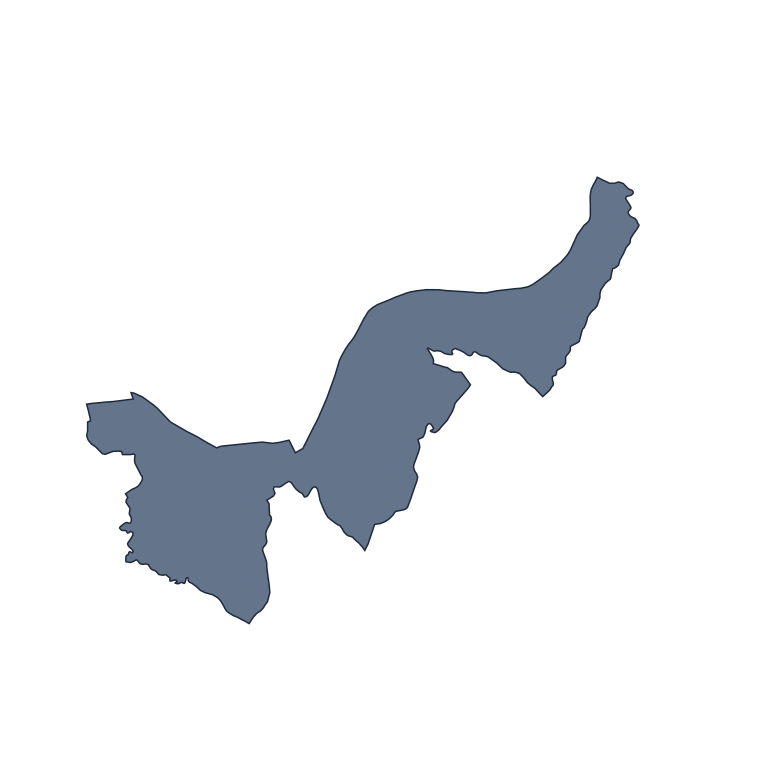 outline of Thanh Thuy, Phú Thọ, Vietnam, rotated 239°
{"feature_id": "81297802B73795447547430", "entity_name": "Thanh Thuy", "entity_type": "district", "adm_level": 2, "iso_a3": "VNM", "parent_name": "Vietnam", "parent_adm1": "Phú Thọ", "projection": "albers", "projection_center": [105.283, 21.123], "detail": "fine", "context": "isolated", "style": "filled", "palette": "slate", "viewbox_px": 768, "rotation_deg": 239, "n_neighbors": 0, "source": "geoboundaries", "source_scale": "gbopen_adm2", "svg_char_len": 6104}
<svg xmlns="http://www.w3.org/2000/svg" viewBox="0 0 768 768"><g transform="rotate(239 384 384)"><path d="M519.9,118.7L515.2,117.4L505.7,114.4L503.6,113.3L504.1,110.4L496.5,105.8L492.8,102.5L488.4,101.6L483.2,102.3L478.4,104.5L469.3,106.7L467.3,108.9L465.8,117.1L463.1,122.1L461.3,124.2L458.2,123.5L454.1,130.3L453.0,133.1L452.5,133.8L451.0,133.9L448.4,131.7L446.3,130.4L444.0,129.7L431.0,128.8L429.0,129.0L428.1,128.6L426.3,127.4L425.2,125.5L423.7,122.6L423.1,120.4L423.0,118.9L423.0,117.4L423.5,113.7L423.0,105.9L418.7,106.0L417.9,104.4L417.3,103.3L415.6,102.0L408.9,102.2L407.5,101.8L404.3,99.0L402.9,98.6L401.0,98.6L399.0,98.2L396.2,96.5L395.6,94.7L395.9,93.8L397.7,92.4L398.1,90.9L398.1,89.2L397.7,85.4L397.3,83.9L396.7,83.1L394.8,83.4L394.1,83.7L393.0,84.6L391.8,86.6L391.1,87.3L388.9,87.3L388.4,87.4L388.0,88.5L388.1,90.7L386.9,91.9L385.7,92.1L383.9,91.0L381.9,87.5L379.7,82.6L379.0,81.9L377.8,81.5L375.5,81.7L372.2,82.7L370.9,82.9L369.5,82.6L369.0,81.7L369.7,80.8L371.2,79.7L371.2,78.8L369.5,76.8L369.7,75.4L369.4,74.4L368.5,73.6L365.8,71.8L364.4,71.4L361.5,74.8L361.0,77.7L360.9,80.8L360.6,81.4L359.5,81.8L356.0,82.2L354.6,83.2L353.5,84.6L352.7,86.7L351.5,88.2L350.4,89.0L348.0,88.9L345.8,89.0L343.9,89.9L341.3,92.0L336.7,92.9L335.5,94.1L334.4,95.5L333.5,97.0L333.2,98.3L332.6,99.0L330.5,99.6L328.2,100.5L327.5,100.5L326.1,99.2L325.1,99.3L324.6,100.7L323.8,103.6L323.2,104.6L321.4,105.1L321.0,104.4L321.3,103.0L320.8,102.5L319.1,104.1L318.5,105.6L318.5,107.3L318.3,108.3L316.9,109.2L316.0,109.9L315.9,110.5L317.7,112.9L319.2,114.1L319.5,115.5L319.1,116.0L317.7,115.7L316.0,114.9L314.2,115.2L312.1,116.7L307.0,118.8L301.5,120.4L297.4,123.1L291.7,128.5L286.7,131.3L282.3,132.3L278.3,132.3L272.1,132.0L270.0,132.3L266.6,133.7L263.2,135.5L259.6,138.2L254.8,141.0L253.0,142.3L248.1,145.0L251.3,151.5L252.8,156.3L253.2,161.9L254.3,165.4L255.8,168.1L257.4,172.0L264.1,178.8L271.6,182.4L279.5,185.7L288.0,189.5L290.7,191.2L293.8,192.2L303.7,194.2L305.5,195.3L306.3,196.9L307.2,199.5L308.1,201.2L309.3,202.4L316.6,205.4L319.9,209.1L322.3,213.3L324.8,216.8L326.3,218.0L328.6,218.8L330.8,218.5L338.6,222.7L340.5,223.8L344.7,223.8L344.9,231.6L346.6,234.4L349.0,234.7L351.2,235.3L352.2,236.6L352.2,237.4L349.5,241.4L349.2,243.6L349.6,248.4L349.6,251.8L348.7,253.0L347.3,253.7L339.7,254.3L335.1,255.8L332.4,257.5L328.2,257.6L327.7,258.6L327.4,260.0L328.1,262.3L331.1,267.6L331.7,269.1L331.7,271.3L331.2,272.1L328.9,272.9L325.3,272.1L317.1,269.2L309.4,268.0L302.6,267.2L298.5,267.4L295.7,268.3L290.6,270.3L287.3,271.9L285.1,273.3L282.3,273.6L277.8,273.5L274.3,274.2L272.0,275.4L270.7,276.7L269.0,278.1L264.6,279.2L260.5,280.6L255.3,281.5L251.2,281.8L255.2,288.1L268.5,303.7L266.3,308.9L265.7,312.4L265.5,314.8L265.6,317.8L266.0,320.3L267.1,324.4L268.5,327.1L268.6,328.9L267.0,333.3L266.1,336.0L265.7,338.3L266.0,340.4L272.0,348.0L278.7,355.8L283.8,362.1L286.9,365.0L290.2,365.6L294.2,365.5L298.0,366.7L300.4,369.2L307.6,378.2L311.0,381.8L313.1,382.9L318.9,384.6L318.4,390.1L319.6,392.1L321.2,394.1L325.5,398.1L326.8,400.6L327.1,402.0L325.3,403.6L320.5,403.7L319.8,402.1L320.1,400.5L319.8,399.6L319.0,399.8L317.0,401.6L316.2,402.6L316.0,404.2L316.3,407.2L317.9,411.5L320.3,419.4L325.2,428.3L328.5,432.6L330.4,434.4L331.6,437.0L334.5,446.4L337.3,454.7L338.8,457.7L353.0,456.6L354.2,456.3L355.2,455.1L356.0,453.6L357.0,451.9L358.0,450.7L359.5,449.4L365.3,446.8L367.8,444.2L371.3,441.2L376.1,436.7L378.5,438.6L380.6,439.2L384.2,439.5L388.7,439.5L391.5,439.3L392.2,439.7L392.1,440.3L387.5,443.0L386.3,444.0L385.1,446.8L383.1,449.3L378.8,451.8L375.8,454.9L374.2,457.6L374.4,458.4L376.6,458.7L377.7,459.6L377.9,460.9L377.9,462.4L377.6,463.5L372.5,467.3L369.4,469.1L365.9,470.5L365.0,471.1L363.9,472.3L363.7,473.6L364.0,474.9L365.0,476.6L365.2,477.7L364.8,478.6L363.7,479.4L361.7,480.1L359.8,481.1L357.9,482.4L355.8,485.1L353.7,487.2L343.8,491.5L335.8,493.7L330.4,497.3L328.8,498.7L327.1,501.8L325.8,503.3L323.1,505.6L317.6,506.9L311.6,507.6L307.5,508.9L302.6,511.1L294.5,512.8L291.4,513.6L293.4,522.9L295.0,525.9L296.0,528.6L297.6,529.7L299.4,530.0L302.2,531.2L303.4,531.9L303.6,533.4L303.2,534.7L303.2,535.9L304.5,537.5L306.2,538.6L306.6,539.6L306.6,542.4L306.5,543.5L306.6,546.7L307.1,548.1L308.2,550.3L313.7,553.7L314.3,555.1L314.8,556.7L316.1,559.9L317.2,561.3L319.0,562.3L320.0,563.1L320.2,564.3L319.7,571.1L320.0,573.4L322.0,575.3L324.8,578.3L327.5,581.0L328.8,582.5L329.2,584.5L331.5,587.8L333.2,589.8L336.4,593.0L338.1,596.3L339.2,599.3L340.0,603.3L340.6,605.3L341.2,606.8L346.8,613.5L350.6,615.9L351.7,617.2L352.9,618.2L356.3,625.5L356.9,628.6L357.3,631.9L358.1,633.0L362.6,636.9L365.1,639.5L364.6,641.4L364.6,643.8L365.2,646.3L368.7,650.0L372.6,656.7L376.1,661.6L377.1,664.2L377.7,666.4L378.4,667.7L381.6,670.2L383.9,674.5L386.2,679.9L387.5,682.5L388.8,684.4L391.9,684.4L393.8,684.8L396.6,684.4L400.0,682.0L401.8,681.4L404.4,681.3L405.6,681.9L406.5,683.3L407.3,685.9L408.4,686.7L410.0,686.8L418.4,686.6L419.5,687.5L419.7,688.8L419.4,690.4L418.7,691.9L418.6,693.9L419.2,695.9L420.7,696.6L422.1,696.4L425.7,693.9L432.6,692.3L435.4,690.1L436.6,688.6L437.1,685.5L440.0,680.7L447.0,676.0L451.4,673.3L449.2,670.1L446.2,664.9L443.8,661.6L441.0,659.1L437.8,656.8L431.4,653.2L421.7,647.4L419.9,645.7L418.3,643.8L417.6,641.2L416.9,637.1L412.4,626.6L403.1,613.2L400.7,608.7L399.1,604.4L397.1,597.7L396.1,589.1L394.5,582.6L393.5,573.0L392.7,563.1L393.0,559.0L393.5,556.5L395.7,550.3L397.6,546.7L405.7,528.9L409.0,520.0L410.1,517.5L414.3,510.7L416.5,507.9L418.7,504.6L421.2,501.2L432.1,485.3L436.4,479.8L442.9,469.1L447.1,459.9L449.3,454.0L450.5,449.7L450.8,447.5L452.5,438.9L453.8,429.3L455.4,419.6L455.3,413.3L454.4,408.2L450.0,399.7L443.8,389.8L439.6,382.5L437.7,378.1L436.4,374.4L433.6,368.5L429.7,361.8L427.1,357.9L416.4,346.2L401.5,327.9L389.4,311.1L386.0,305.9L383.3,301.4L370.5,281.2L370.7,272.6L384.7,273.7L388.1,263.5L390.5,258.0L397.0,249.6L401.9,239.4L414.6,212.3L415.5,207.6L424.1,202.6L436.0,196.1L445.1,190.4L461.4,181.4L480.1,177.2L485.3,175.4L497.3,170.3L505.0,165.0L506.9,162.7L500.3,161.3L508.4,142.9L511.6,136.6L518.1,123.0L519.9,118.7Z" fill="#64748b" stroke="#1e293b" stroke-width="1.5"/></g></svg>